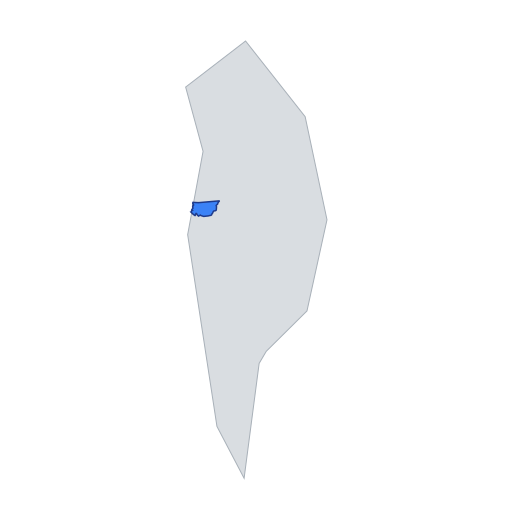 Ngeruikl, Ngchesar, Palau (highlighted), rotated 162°
{"feature_id": "81905179B39182150955379", "entity_name": "Ngeruikl", "entity_type": "district", "adm_level": 2, "iso_a3": "PLW", "parent_name": "Palau", "parent_adm1": "Ngchesar", "projection": "orthographic", "projection_center": [134.618, 7.484], "detail": "fine", "context": "in_parent", "style": "filled", "palette": "blue", "viewbox_px": 512, "rotation_deg": 162, "n_neighbors": 0, "source": "geoboundaries", "source_scale": "gbopen_adm2", "svg_char_len": 1480}
<svg xmlns="http://www.w3.org/2000/svg" viewBox="0 0 512 512"><g transform="rotate(162 256 256)"><path d="M270.7,438.4L199.5,463.7L166.2,373.3L177.3,268.5L224.5,188.0L275.7,162.2L286.2,152.9L336.0,48.3L345.8,106.0L314.4,297.4L274.0,371.9L270.7,438.4Z" fill="#d9dde1" stroke="#a8b0b8" stroke-width="1"/><path d="M287.7,308.8L286.9,308.7L286.3,308.6L285.6,308.8L285.1,309.3L284.8,309.8L283.9,310.3L283.4,311.0L282.4,311.8L281.9,311.8L280.4,311.6L279.8,311.8L279.3,312.6L278.3,315.1L278.3,316.3L277.8,316.7L276.6,317.1L275.9,318.1L274.9,319.1L274.4,319.2L273.9,319.6L273.5,319.7L294.2,324.5L299.4,326.5L299.5,326.4L299.6,326.2L299.7,325.9L299.8,325.8L299.9,325.5L299.9,325.4L299.7,325.3L299.7,325.1L299.7,324.8L299.8,324.9L299.9,324.7L299.9,324.3L300.0,324.2L300.1,323.8L300.1,323.7L300.3,323.6L300.3,323.4L300.3,323.2L300.2,323.2L300.3,323.1L300.5,323.1L300.8,323.0L300.9,322.8L300.9,322.7L301.0,322.4L301.0,322.2L301.0,321.9L301.2,321.7L301.2,321.3L301.2,321.1L301.4,320.7L301.5,320.7L301.8,320.5L301.9,320.4L302.0,320.3L302.3,320.3L302.5,320.1L302.9,319.7L303.0,319.5L303.0,319.4L302.7,319.1L302.8,319.1L303.0,319.1L303.2,318.8L303.4,318.7L303.5,318.5L303.7,318.4L303.9,318.1L304.1,318.0L304.2,317.9L304.3,317.9L302.8,315.0L302.2,314.2L301.5,313.3L301.1,313.5L300.6,314.5L299.8,315.0L299.4,314.7L299.4,314.1L298.8,312.5L298.3,311.7L297.0,312.0L296.2,312.1L295.9,311.5L293.5,309.8L291.0,309.3L289.2,308.9L287.7,308.8Z" fill="#3b82f6" stroke="#1e3a8a" stroke-width="1.5"/></g></svg>